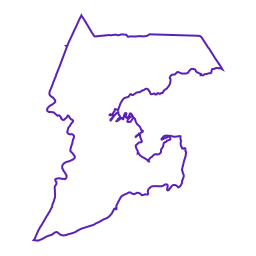 outline of El Estor, Izabal, Guatemala
{"feature_id": "79465075B63823362918265", "entity_name": "El Estor", "entity_type": "district", "adm_level": 2, "iso_a3": "GTM", "parent_name": "Guatemala", "parent_adm1": "Izabal", "projection": "robinson", "projection_center": [-89.332, 15.436], "detail": "fine", "context": "isolated", "style": "outline", "palette": "violet", "viewbox_px": 256, "rotation_deg": 0, "n_neighbors": 0, "source": "geoboundaries", "source_scale": "gbopen_adm2", "svg_char_len": 5830}
<svg xmlns="http://www.w3.org/2000/svg" viewBox="0 0 256 256"><path d="M49.4,92.7L49.5,94.3L49.9,95.3L51.8,97.0L53.1,97.6L53.2,98.0L54.2,99.0L55.2,100.5L55.2,102.1L52.6,104.3L50.3,105.5L48.3,107.2L47.3,108.6L47.1,109.5L47.2,110.7L48.3,111.7L49.5,112.1L50.4,111.9L53.7,112.4L57.6,115.8L58.8,115.3L59.3,115.4L61.2,117.5L61.1,118.5L62.9,120.0L64.3,119.7L65.2,118.6L66.4,117.8L67.5,116.3L67.6,115.6L68.5,115.7L70.7,119.0L71.3,119.5L72.4,119.8L73.2,120.9L73.0,121.6L71.1,123.7L69.6,126.3L68.3,127.7L67.9,129.7L67.5,130.6L67.3,132.5L68.0,133.5L69.5,134.3L71.9,134.2L73.2,134.8L74.0,136.1L73.7,138.3L73.0,139.5L72.4,142.7L70.7,148.1L70.3,150.6L70.4,151.1L71.0,151.8L72.5,153.2L74.3,155.6L74.8,156.5L74.8,157.5L74.3,158.4L72.7,159.6L69.3,161.2L66.3,162.0L64.4,163.0L63.2,164.2L62.4,165.4L62.2,166.2L62.2,168.3L63.3,169.9L63.5,171.0L64.2,171.6L66.5,175.4L66.6,176.7L66.1,178.1L65.5,178.8L64.9,179.2L63.6,178.8L62.4,179.0L59.9,178.3L58.4,178.3L56.1,178.8L55.2,179.6L55.7,181.3L56.4,182.1L56.5,183.4L56.0,184.7L54.8,186.4L54.6,188.3L54.9,189.1L54.9,193.2L55.1,193.6L55.0,197.2L53.4,202.4L52.7,203.6L51.9,207.2L50.5,209.6L49.9,211.1L48.2,213.7L48.0,214.3L46.8,216.0L41.8,224.7L39.7,227.9L39.2,229.1L38.6,229.8L34.6,239.0L33.7,240.1L37.2,240.6L38.6,240.5L43.2,238.5L43.8,238.0L46.4,236.6L48.6,235.7L51.3,235.0L52.5,234.3L54.5,232.7L56.4,232.0L57.4,232.3L60.5,234.8L63.1,235.5L66.4,235.0L67.3,234.5L72.2,233.2L75.3,232.1L77.2,230.8L81.1,228.8L93.9,224.7L96.0,223.3L98.5,222.3L103.3,219.5L107.2,218.0L109.6,216.0L111.8,213.5L114.2,208.8L115.0,208.5L115.7,209.3L116.1,209.3L116.5,209.0L116.5,207.8L116.3,206.3L116.5,205.5L118.0,202.3L120.9,197.0L122.1,195.9L123.8,194.9L127.0,193.5L128.2,192.8L129.3,192.4L130.5,192.5L131.6,193.4L133.6,194.1L135.1,193.8L137.1,192.7L139.8,193.3L141.8,195.2L144.4,194.7L145.1,194.2L147.0,194.6L147.5,194.6L147.9,194.1L148.2,193.2L147.8,191.2L148.5,189.1L150.8,186.9L151.6,186.5L154.0,186.1L161.3,186.3L162.5,186.0L165.6,184.3L167.0,184.5L167.6,185.1L167.7,185.8L167.1,189.7L167.3,190.2L167.9,190.4L168.3,190.3L168.9,189.9L169.8,188.7L169.8,188.4L170.1,188.3L171.5,186.4L172.4,185.5L173.4,185.0L174.5,185.0L175.6,185.2L177.2,186.2L178.3,187.4L179.7,186.7L181.0,185.1L182.0,182.9L182.1,182.2L182.0,180.8L182.7,179.7L183.1,178.2L183.7,176.9L183.7,174.7L182.8,173.0L182.6,171.4L182.0,170.2L182.0,169.4L184.2,160.4L185.6,156.2L185.8,154.0L186.2,152.4L186.2,152.1L185.5,151.5L185.4,148.6L184.7,148.1L184.0,148.2L183.4,148.7L182.1,148.4L181.9,147.2L181.4,146.8L180.8,145.5L180.6,142.5L181.2,141.3L180.4,138.8L180.5,136.3L179.2,136.0L178.3,136.4L174.1,136.8L171.2,136.0L167.0,135.6L165.1,135.7L163.7,136.4L161.5,138.9L161.5,139.4L162.3,139.5L164.5,138.3L167.3,137.3L169.0,136.3L169.8,137.0L170.3,137.9L170.4,139.2L169.7,139.8L168.5,140.1L167.9,140.5L167.0,140.6L166.1,141.8L164.6,142.3L163.7,143.1L163.1,146.3L162.6,147.3L161.1,149.4L161.0,152.1L160.3,153.2L158.7,154.3L157.0,154.5L155.8,154.1L154.2,154.6L152.6,156.0L152.1,156.7L150.9,157.4L149.4,158.8L148.7,160.3L149.0,161.4L148.2,161.3L147.6,160.0L146.6,159.6L144.8,158.3L142.1,156.9L140.2,155.5L139.3,154.5L138.5,153.0L138.2,152.9L137.7,153.3L137.8,151.1L136.2,148.1L135.7,146.0L135.8,145.3L139.2,142.4L141.5,142.2L141.8,141.1L140.2,137.0L140.0,135.4L139.6,135.0L138.8,134.9L138.3,135.0L136.4,136.3L135.2,137.6L136.0,136.2L137.9,134.8L139.0,133.5L140.4,133.5L140.8,132.6L142.6,131.9L142.9,131.1L142.8,130.8L141.4,130.1L139.8,126.6L137.1,124.1L135.6,121.5L135.1,119.2L134.1,117.9L133.5,117.8L133.1,118.1L130.5,121.8L128.0,122.0L127.5,121.8L127.4,121.3L127.8,119.4L128.1,119.1L129.1,118.4L130.1,117.1L131.4,116.5L132.8,116.5L132.7,116.0L131.1,113.6L130.6,113.4L129.8,113.6L129.7,113.8L129.6,115.0L129.0,115.6L128.6,116.7L126.6,117.9L125.7,117.2L125.7,116.8L126.4,113.4L125.9,113.0L125.1,113.2L124.7,113.7L124.5,114.6L124.0,115.4L123.6,117.6L122.9,118.2L123.3,118.9L123.2,119.2L122.5,119.1L121.9,117.9L121.4,117.9L118.5,120.2L116.7,121.3L116.4,121.2L116.5,120.9L117.5,120.1L118.3,118.6L119.6,118.0L120.0,117.1L119.9,116.1L118.5,114.3L118.4,112.3L117.8,112.3L116.6,113.0L113.1,117.0L112.6,118.1L110.7,120.5L110.5,120.3L110.7,119.9L110.5,119.4L112.6,117.6L113.1,116.3L113.9,115.3L113.8,115.0L113.2,114.9L110.3,115.4L109.7,115.2L109.6,114.7L110.3,114.2L111.4,114.9L112.3,114.4L114.7,110.7L114.9,109.2L117.0,109.5L117.8,110.2L118.1,110.1L120.4,103.5L121.9,100.9L123.8,98.4L124.5,98.0L128.5,96.8L130.2,94.3L130.9,94.1L132.0,95.0L133.0,95.0L136.5,92.6L140.3,91.9L142.3,90.4L143.5,90.3L145.5,88.9L146.4,88.7L147.6,89.0L148.5,89.8L148.6,90.5L149.9,91.9L150.2,93.1L150.8,94.1L151.2,94.3L154.1,93.5L154.6,93.7L155.3,94.5L155.8,94.3L156.5,94.4L156.8,94.3L157.0,93.5L157.4,93.3L158.0,93.2L158.7,93.3L159.8,94.0L160.8,93.2L162.6,92.9L164.1,90.4L165.2,89.5L166.7,88.7L169.1,85.5L170.0,83.7L170.6,80.2L170.5,79.1L169.9,78.4L169.7,77.8L170.6,75.9L171.7,74.9L173.7,74.5L174.8,74.5L176.8,72.5L177.5,72.0L178.2,72.1L182.0,73.6L186.1,73.5L188.2,72.7L188.9,71.3L190.9,69.2L192.0,68.9L193.7,69.0L195.2,69.6L195.9,71.2L196.9,72.2L199.6,73.5L201.1,74.0L201.1,74.5L200.8,75.2L203.3,75.3L204.5,74.2L206.8,74.0L208.6,73.3L210.7,73.2L211.4,72.2L211.6,70.6L212.2,69.1L214.8,68.7L216.0,68.0L217.1,67.9L218.4,68.3L220.1,68.1L222.3,69.3L220.4,66.0L215.2,58.4L209.1,48.6L208.4,47.9L202.0,38.0L200.6,36.3L199.0,35.8L149.4,34.3L147.9,35.4L146.5,36.0L143.7,36.4L138.9,36.1L136.1,36.5L129.7,36.4L128.2,36.8L127.6,36.5L126.4,34.8L122.0,34.4L120.5,34.6L119.7,35.0L118.2,35.3L115.8,34.7L113.1,34.9L111.3,35.3L108.8,35.0L106.7,35.4L105.6,35.2L104.1,35.7L102.8,35.6L100.7,35.9L99.4,35.9L98.1,36.2L97.1,36.1L96.2,36.5L94.5,36.3L93.7,35.4L93.4,34.7L92.0,32.8L86.5,23.5L82.9,17.7L81.8,16.3L81.4,15.4L79.2,19.7L75.6,27.7L74.5,29.7L72.7,33.9L68.4,42.9L67.6,45.3L67.2,45.8L66.1,45.9L66.9,46.8L59.3,67.1L56.2,74.7L55.9,76.1L53.5,81.7L52.1,85.8L49.7,91.4L49.4,92.7Z" fill="none" stroke="#5b21b6" stroke-width="2"/></svg>